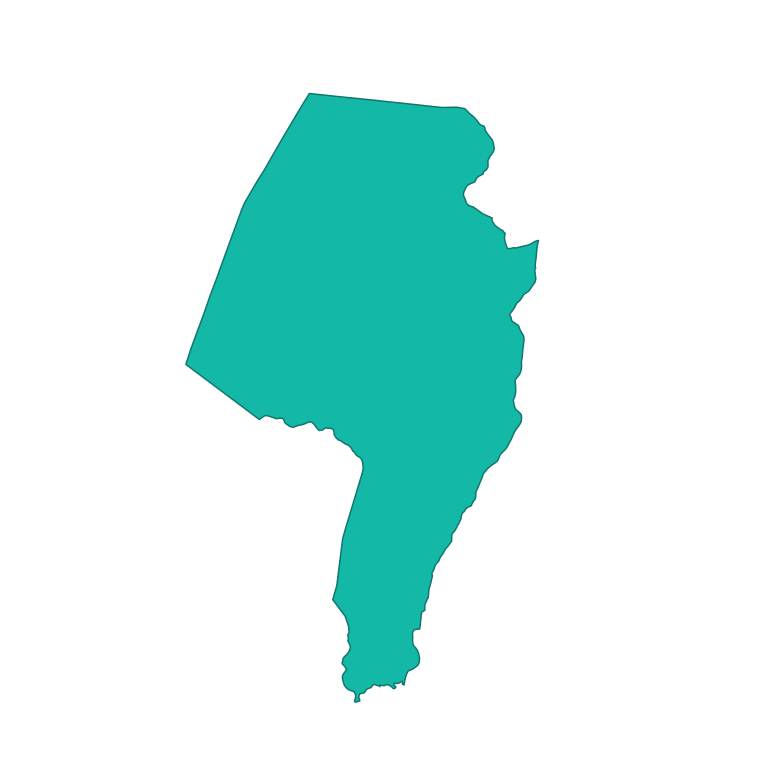 outline of Lafey, North-Eastern, Kenya, rotated 165°
{"feature_id": "3690345B88001194641971", "entity_name": "Lafey", "entity_type": "district", "adm_level": 2, "iso_a3": "KEN", "parent_name": "Kenya", "parent_adm1": "North-Eastern", "projection": "mercator", "projection_center": [41.132, 3.486], "detail": "fine", "context": "isolated", "style": "filled", "palette": "teal", "viewbox_px": 768, "rotation_deg": 165, "n_neighbors": 0, "source": "geoboundaries", "source_scale": "gbopen_adm2", "svg_char_len": 5585}
<svg xmlns="http://www.w3.org/2000/svg" viewBox="0 0 768 768"><g transform="rotate(165 384 384)"><path d="M570.3,454.2L513.6,382.0L510.0,383.4L507.5,384.2L505.4,383.8L502.9,382.4L499.8,380.3L497.9,378.9L496.1,378.1L494.2,378.1L491.0,377.2L489.9,375.2L489.9,372.5L488.6,370.5L486.2,367.7L484.5,366.4L482.8,365.7L480.0,365.9L477.4,366.2L474.8,365.9L472.0,365.9L470.0,366.2L467.2,366.7L464.0,366.2L462.2,363.6L460.0,358.0L458.5,355.9L455.3,355.5L451.9,356.8L449.4,355.7L446.6,354.9L444.7,353.0L444.7,350.5L445.2,348.2L444.5,345.2L442.9,342.1L441.3,340.8L440.8,340.8L437.2,336.4L434.2,334.0L432.4,331.1L431.4,327.3L430.1,325.3L429.1,322.5L427.9,320.8L426.5,319.6L425.3,317.8L424.9,314.0L425.7,308.9L427.0,305.3L429.3,301.6L448.0,271.4L459.2,253.3L459.7,252.5L460.1,251.8L464.0,245.2L481.8,201.4L489.3,189.0L481.5,169.4L481.2,163.5L481.0,160.8L481.0,157.8L481.6,155.8L481.7,153.6L482.9,152.3L483.9,150.9L484.4,147.1L485.4,145.2L484.8,142.6L484.5,140.1L484.6,138.2L486.6,135.2L490.0,132.2L492.6,131.0L494.8,129.2L495.6,127.0L496.8,125.4L496.6,124.1L496.4,123.6L495.0,121.5L494.0,117.7L495.8,116.4L498.2,114.5L499.8,112.6L500.4,109.6L500.4,107.2L500.3,103.4L499.2,100.5L497.3,97.8L495.1,96.3L493.2,95.0L492.2,93.8L492.0,90.4L492.8,88.0L494.6,85.4L494.0,84.1L489.5,84.1L489.2,86.1L489.5,87.9L488.6,89.8L487.3,91.1L485.3,90.9L483.1,90.8L481.0,92.6L479.3,93.8L477.0,94.0L475.1,94.1L472.9,96.1L470.9,96.2L466.1,93.0L465.9,94.2L464.3,93.6L462.0,92.5L459.7,93.0L457.1,91.9L455.1,89.7L453.8,87.3L452.3,87.2L451.0,88.2L451.8,89.7L452.5,90.9L451.8,92.1L449.8,91.6L448.5,91.3L446.8,91.3L445.3,91.7L443.7,92.3L443.2,90.9L444.0,89.4L442.6,88.2L441.7,89.9L439.8,93.9L437.9,97.1L436.1,99.3L434.6,100.8L432.7,100.8L429.3,101.4L426.9,102.4L424.1,103.6L422.2,105.8L420.7,109.6L420.3,114.5L420.8,118.4L421.7,121.0L422.7,122.9L423.0,123.3L423.3,123.8L423.3,125.4L422.6,129.7L421.9,131.5L421.5,133.9L420.7,136.6L418.9,138.4L418.2,138.8L414.9,138.6L414.5,138.3L413.6,138.0L413.1,138.4L412.6,138.7L410.1,145.2L406.7,153.9L404.4,154.4L403.8,154.7L403.1,155.0L402.7,156.5L401.7,160.1L399.8,162.7L396.5,166.4L395.5,169.2L393.8,173.8L390.5,179.4L388.1,183.9L386.8,186.2L386.9,188.1L386.8,188.6L386.4,189.2L384.7,190.9L383.3,192.8L382.5,194.1L382.2,194.7L381.7,195.3L379.7,197.1L376.9,198.9L375.7,200.4L375.4,200.9L375.1,201.4L372.5,203.7L369.7,206.2L367.6,208.5L364.4,210.6L361.2,213.2L359.4,214.6L358.6,217.1L357.9,219.8L357.0,221.6L355.1,222.9L353.3,224.1L350.7,226.9L349.3,228.6L347.6,230.0L346.3,231.8L344.6,233.8L343.2,236.9L342.0,238.8L340.6,239.6L340.0,239.9L339.4,240.0L338.1,241.5L337.5,242.0L334.5,243.5L332.7,243.5L331.1,243.9L329.9,245.6L328.0,247.5L327.5,248.0L326.7,248.5L325.8,249.2L325.4,249.5L325.2,250.0L324.7,251.0L324.2,252.7L324.0,253.4L323.7,254.1L323.3,255.5L323.1,256.0L322.7,256.6L320.8,258.7L314.8,266.5L314.3,267.1L313.9,267.7L313.0,268.9L312.5,269.7L312.1,270.4L311.3,271.6L310.8,272.0L309.6,272.7L308.1,273.8L306.5,275.0L304.9,276.0L301.4,277.6L297.0,279.1L296.4,279.3L295.8,279.6L294.5,280.2L293.1,281.6L291.6,283.7L291.1,284.3L290.6,284.9L289.6,286.0L289.0,286.4L286.9,287.6L283.6,289.5L282.9,290.0L282.2,290.6L280.2,292.5L277.4,295.6L275.6,297.4L273.6,300.0L271.1,303.1L268.8,305.4L266.5,307.3L265.0,308.5L263.3,309.9L261.6,311.6L260.7,313.3L259.8,316.2L259.4,318.0L259.7,319.6L259.9,320.3L260.3,320.9L263.0,324.8L263.6,326.5L263.8,329.6L263.3,334.9L262.9,335.5L261.3,337.5L259.9,339.9L258.9,342.1L257.3,348.2L257.0,350.5L256.4,353.8L254.4,355.5L250.6,358.2L248.6,360.8L247.4,363.1L246.4,366.0L245.8,368.9L245.5,369.8L245.2,370.6L243.5,374.2L241.1,381.1L239.4,385.2L237.4,390.3L236.9,392.1L236.8,394.7L237.9,398.4L238.6,401.7L238.7,402.5L238.8,403.4L238.9,405.1L239.2,405.8L239.7,406.5L242.7,409.9L243.7,411.1L244.2,411.9L244.2,413.2L244.2,413.9L244.1,415.3L244.1,415.8L244.2,416.3L244.9,418.3L244.8,418.8L241.7,421.0L238.4,423.8L237.9,424.2L237.4,424.8L236.5,426.0L235.1,427.3L234.8,427.7L234.3,428.0L232.7,428.7L232.1,429.0L231.6,429.3L229.9,430.5L228.2,432.0L227.7,432.6L227.0,433.2L226.1,434.1L225.6,434.4L225.0,434.6L222.3,435.5L220.6,436.1L219.9,436.4L219.3,436.9L215.3,440.4L211.7,443.4L210.7,445.2L210.4,445.8L210.1,446.5L209.7,449.0L209.6,451.1L209.5,451.8L209.2,452.3L209.1,452.9L209.1,453.7L209.2,454.3L208.8,455.1L207.5,456.7L207.5,457.9L207.5,458.4L207.1,460.1L204.6,466.1L201.4,474.7L200.9,476.1L200.7,476.7L199.2,479.9L197.7,482.3L198.1,482.8L201.2,482.6L204.2,481.8L207.2,481.0L210.0,480.9L222.0,481.3L223.4,482.1L225.6,482.2L227.5,482.2L229.5,482.8L229.7,483.3L229.8,483.9L230.1,486.8L230.2,491.6L229.4,495.2L228.3,497.5L228.0,498.1L228.9,499.5L229.5,501.4L231.5,503.1L235.6,508.2L236.6,510.8L237.3,513.8L236.7,516.5L240.9,519.8L244.8,523.1L251.9,531.8L255.4,534.0L257.4,536.6L257.9,541.7L258.4,545.7L257.4,548.6L253.7,552.9L252.3,554.0L250.4,554.8L246.3,555.4L244.3,555.7L243.8,556.0L243.4,556.3L241.3,558.8L238.4,560.2L235.7,560.8L235.0,560.9L234.1,561.1L233.3,562.5L232.9,563.0L232.4,563.5L229.5,564.6L227.8,566.2L227.0,567.9L226.4,570.4L225.9,572.8L224.3,574.6L222.4,576.7L218.6,579.7L216.6,582.5L216.4,585.1L216.0,588.4L216.3,591.7L218.9,598.0L220.4,602.1L220.4,604.6L220.4,606.1L220.6,606.6L220.7,607.2L223.4,609.1L223.8,609.5L224.9,611.5L226.1,614.6L226.7,615.8L228.4,619.1L231.5,623.3L233.1,626.4L234.8,629.1L242.3,632.6L256.6,636.1L312.4,657.7L358.3,675.2L380.9,683.9L391.1,674.3L405.8,660.0L421.1,645.0L437.6,628.5L443.0,622.9L454.6,612.1L471.7,595.2L476.4,589.2L482.3,580.8L483.2,579.5L494.4,563.6L505.6,547.6L515.1,534.0L517.0,531.2L528.7,514.9L539.6,498.8L551.0,482.7L561.5,467.8L570.3,454.2Z" fill="#14b8a6" stroke="#0f766e" stroke-width="1.5"/></g></svg>